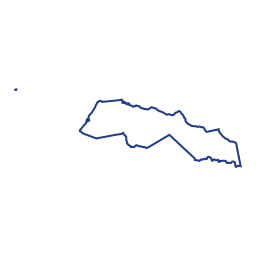 outline of Caravelas, Bahia, Brazil, rotated 176°
{"feature_id": "56859067B12322517102910", "entity_name": "Caravelas", "entity_type": "district", "adm_level": 2, "iso_a3": "BRA", "parent_name": "Brazil", "parent_adm1": "Bahia", "projection": "natural_earth1", "projection_center": [-39.704, -17.688], "detail": "fine", "context": "isolated", "style": "outline", "palette": "blue", "viewbox_px": 256, "rotation_deg": 176, "n_neighbors": 0, "source": "geoboundaries", "source_scale": "gbopen_adm2", "svg_char_len": 5586}
<svg xmlns="http://www.w3.org/2000/svg" viewBox="0 0 256 256"><g transform="rotate(176 128 128)"><path d="M110.4,106.9L109.1,107.3L95.2,114.3L87.2,118.3L73.8,103.9L63.5,92.9L63.4,91.3L62.7,91.4L62.3,91.1L61.7,91.0L61.1,91.0L60.6,90.8L60.1,90.5L59.6,90.3L59.1,90.2L58.5,90.6L58.0,91.2L57.6,91.5L57.1,91.3L56.7,91.1L56.3,91.1L55.9,91.4L55.2,91.6L54.6,91.8L54.0,92.0L53.6,92.1L53.1,91.9L52.7,91.5L52.1,91.4L51.6,91.6L51.3,92.2L51.0,92.9L50.6,93.3L50.2,93.5L49.8,93.6L49.3,93.5L48.8,93.1L48.4,92.9L47.8,92.9L47.5,92.5L47.3,91.8L47.0,91.3L46.5,90.7L46.6,90.0L46.3,89.4L45.9,89.4L45.6,89.8L45.4,90.3L44.8,90.7L44.2,90.6L43.9,90.3L43.5,90.2L43.1,90.1L42.7,89.8L42.1,89.7L41.5,89.7L40.9,90.0L40.3,89.9L39.8,89.4L39.7,88.9L40.0,88.4L39.9,87.9L39.2,87.8L38.9,88.2L38.5,88.7L37.9,88.6L37.4,88.5L36.6,88.7L36.0,88.7L35.6,88.7L35.1,88.7L34.6,88.6L34.0,88.4L33.3,88.5L32.7,88.2L32.4,87.6L32.3,86.7L31.9,86.5L31.4,86.1L31.0,86.1L30.4,86.4L29.7,86.3L29.0,86.0L28.2,85.9L27.6,86.1L27.0,86.7L26.3,87.3L25.6,87.3L24.9,87.0L24.1,86.6L23.7,86.2L23.6,85.4L23.7,84.8L23.7,84.2L23.5,83.6L23.4,82.9L23.5,82.3L23.2,81.8L22.6,81.7L22.3,82.2L21.7,82.6L21.0,82.5L20.6,82.3L20.1,82.5L19.6,82.7L19.2,82.5L18.3,82.1L21.2,105.1L21.5,105.8L22.2,106.0L22.6,106.4L23.1,106.5L23.7,107.0L24.2,107.2L24.9,106.9L25.4,107.1L25.8,107.3L26.4,107.3L27.1,107.5L27.8,107.8L28.2,108.2L28.7,109.0L29.2,109.5L29.9,110.0L30.5,110.1L31.0,110.4L31.5,110.8L32.0,111.1L32.5,111.6L32.8,112.0L33.2,112.4L33.5,112.7L33.9,113.0L34.3,113.5L34.7,113.9L35.1,114.4L35.1,115.0L35.4,115.4L35.8,115.7L36.3,116.2L36.8,117.0L37.2,117.6L37.5,118.3L37.6,119.0L37.5,119.8L37.5,120.4L49.2,118.7L50.2,118.7L50.5,119.4L50.8,119.9L51.1,120.4L51.5,120.9L51.8,121.5L52.1,121.9L52.3,122.6L52.6,123.1L53.0,123.4L53.5,123.7L54.1,123.6L54.7,123.6L55.2,123.8L55.9,124.2L56.5,124.5L57.0,124.5L57.5,124.4L58.0,124.2L58.5,124.2L59.0,124.5L59.5,124.8L60.0,125.0L60.4,125.0L60.8,124.9L61.3,124.9L62.0,125.3L62.7,125.4L63.2,125.4L63.6,125.6L64.1,125.6L64.9,125.9L65.3,126.3L65.8,126.7L66.3,127.1L66.8,127.4L67.5,127.9L68.0,127.9L68.6,128.4L68.8,129.3L69.1,129.6L69.6,130.0L70.0,130.6L70.2,131.6L70.1,132.2L70.1,132.9L70.3,133.4L70.7,133.7L71.2,134.2L71.3,134.9L71.5,135.4L71.8,135.9L72.1,136.6L72.3,137.2L72.7,137.6L73.1,138.0L73.6,138.6L74.0,139.2L74.3,140.0L74.6,140.5L75.0,141.0L75.4,141.2L75.9,141.2L76.6,141.2L77.2,140.6L77.9,140.2L78.5,140.2L79.0,140.1L79.6,139.8L80.1,139.4L80.5,139.0L80.8,138.6L81.2,138.3L81.5,138.0L81.9,137.7L82.4,137.8L83.0,137.8L83.6,137.7L84.3,138.2L85.1,138.3L85.5,138.6L86.0,139.0L86.8,138.9L87.5,138.8L88.0,138.6L88.6,138.6L89.0,138.9L89.3,139.3L90.0,139.6L90.6,140.1L91.4,140.5L91.8,141.0L92.4,141.4L92.9,141.6L93.4,141.7L94.1,142.1L94.8,142.5L95.7,142.6L96.0,142.9L96.6,143.3L97.0,143.8L97.7,144.0L98.0,144.6L98.4,144.8L98.6,145.3L98.9,145.6L99.4,145.8L100.1,146.0L100.8,145.9L101.4,146.4L102.0,146.8L102.7,147.0L103.2,147.1L103.7,146.7L104.1,146.5L104.6,146.2L105.5,145.8L106.1,145.6L106.5,145.3L107.0,145.0L107.8,145.3L108.2,145.3L108.8,145.6L109.5,145.9L110.1,145.7L110.6,145.8L110.9,146.4L111.5,146.4L111.9,146.5L112.5,146.6L113.2,146.9L113.6,147.1L114.1,147.5L114.4,147.8L114.7,148.3L115.0,148.7L115.3,149.0L115.9,148.9L116.5,149.2L117.0,149.4L117.6,149.5L118.0,149.9L118.5,149.9L118.9,149.8L119.5,149.2L120.0,148.9L120.5,149.0L121.2,149.2L121.6,149.0L121.9,149.4L122.5,149.9L123.2,150.2L123.9,150.3L124.5,150.6L125.1,150.8L125.3,151.3L125.1,151.8L125.3,152.3L125.8,152.6L126.4,152.7L126.9,152.8L127.4,152.7L127.4,151.8L127.9,151.9L128.2,152.2L128.6,152.8L129.2,153.0L129.4,154.1L130.1,154.3L130.6,153.8L130.8,153.3L131.2,153.4L132.0,153.7L131.9,154.3L131.7,154.8L131.4,155.5L131.7,156.1L132.3,156.6L132.8,156.8L133.4,156.5L134.0,156.4L146.0,156.0L152.1,155.9L152.2,156.4L152.9,156.6L153.5,157.0L153.9,157.1L154.5,156.9L155.0,156.8L155.3,156.5L155.8,156.0L156.4,156.0L156.8,155.7L157.0,155.2L157.3,154.6L157.6,154.1L158.1,153.6L158.5,152.9L158.9,152.2L159.1,151.7L159.3,151.1L159.6,150.7L159.9,150.2L160.3,149.7L160.6,149.2L161.0,148.8L161.3,148.3L161.7,147.8L162.1,147.4L162.3,146.9L162.6,146.5L162.9,146.1L163.2,145.8L163.7,145.3L164.1,145.0L164.5,144.6L165.0,144.0L165.5,143.6L165.9,143.1L166.3,142.6L166.4,142.0L166.6,141.4L166.7,140.8L166.6,140.0L166.3,138.9L166.2,138.2L166.8,137.9L167.4,137.6L168.0,137.4L168.4,137.3L168.9,136.9L169.2,136.3L169.5,135.9L169.8,135.5L170.3,135.0L170.7,134.7L171.1,134.4L171.6,134.0L172.1,133.4L172.6,132.9L173.2,132.2L173.6,131.7L174.0,131.4L174.5,130.9L175.0,130.3L175.4,129.8L175.8,129.5L176.1,129.1L176.3,128.6L175.9,127.8L175.5,127.7L174.9,127.4L174.5,126.9L174.1,126.3L173.7,125.9L160.3,119.8L157.0,120.2L139.6,122.2L136.6,122.4L134.6,122.7L134.1,122.9L133.6,123.3L133.1,123.4L133.1,122.8L132.7,122.1L132.3,121.7L131.9,121.2L131.6,120.7L131.2,120.3L130.7,120.0L130.5,119.6L130.4,119.0L130.4,118.2L130.5,117.6L130.6,116.9L130.5,116.0L130.3,115.5L130.2,114.8L130.1,114.0L130.0,113.1L129.9,112.6L129.7,112.2L129.2,111.9L129.0,111.4L128.7,111.0L128.3,110.7L127.7,110.5L127.2,110.1L126.9,109.5L126.5,108.9L126.0,108.8L125.6,108.8L125.2,109.0L124.8,108.7L124.4,108.6L124.0,108.6L123.5,108.6L123.0,108.9L122.5,109.1L122.1,109.3L121.6,109.8L121.2,110.2L120.6,110.3L119.8,109.8L119.0,109.4L118.4,109.0L117.5,109.0L117.0,109.0L116.4,108.8L115.8,108.5L115.4,108.3L115.0,108.0L114.5,108.0L114.0,107.9L113.4,108.0L112.6,107.7L112.0,107.3L111.5,107.0L111.0,106.8L110.4,106.9ZM168.0,139.7L168.4,139.3L168.6,138.8L168.0,139.0L167.5,139.3L167.1,139.6L167.5,140.0L168.0,139.7ZM236.7,174.3L237.2,174.3L237.7,174.0L237.3,173.7L236.8,173.8L236.7,174.3Z" fill="none" stroke="#1e3a8a" stroke-width="2"/></g></svg>